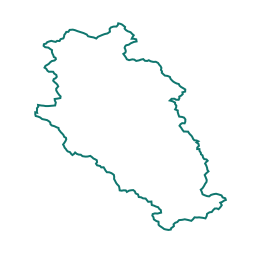 Santa Maria de Jetibá, Espírito Santo, Brazil, rotated 265°
{"feature_id": "56859067B73059385087419", "entity_name": "Santa Maria de Jetibá", "entity_type": "district", "adm_level": 2, "iso_a3": "BRA", "parent_name": "Brazil", "parent_adm1": "Espírito Santo", "projection": "equal_earth", "projection_center": [-40.809, -20.084], "detail": "fine", "context": "isolated", "style": "outline", "palette": "teal", "viewbox_px": 256, "rotation_deg": 265, "n_neighbors": 0, "source": "geoboundaries", "source_scale": "gbopen_adm2", "svg_char_len": 4496}
<svg xmlns="http://www.w3.org/2000/svg" viewBox="0 0 256 256"><g transform="rotate(265 128 128)"><path d="M39.2,211.1L40.3,212.3L41.6,213.6L43.0,214.7L44.4,214.0L45.6,213.4L46.1,215.3L47.3,217.4L47.8,219.2L49.5,218.8L50.6,216.2L52.7,215.3L53.9,212.5L54.8,210.0L54.6,207.4L54.1,204.9L52.8,202.9L53.3,200.7L54.6,198.0L55.5,196.5L56.9,196.2L58.4,195.8L60.2,195.1L61.4,196.9L63.5,198.6L65.7,200.0L67.4,201.5L69.3,201.9L72.1,201.1L74.5,200.3L76.0,201.9L77.8,204.4L79.5,203.4L81.5,203.3L84.1,202.6L85.8,201.7L87.1,202.7L88.4,204.5L89.8,203.5L90.4,201.2L92.0,200.2L94.2,199.9L95.5,198.4L97.0,198.4L98.8,197.3L100.8,197.3L101.0,195.1L102.5,195.3L104.0,197.1L106.1,196.8L107.6,195.0L108.6,196.9L109.5,195.4L110.0,193.0L111.5,191.9L113.1,191.4L114.8,190.5L116.4,189.1L117.8,188.2L119.1,187.6L119.4,185.4L119.6,183.3L121.4,182.1L123.8,180.9L125.7,179.5L127.2,180.7L128.1,182.4L127.7,184.8L129.2,185.6L131.6,185.9L133.5,184.7L134.3,182.8L134.9,180.0L137.0,179.4L139.6,178.9L141.1,179.1L142.4,176.6L144.1,177.7L146.0,178.1L147.9,177.0L149.2,177.1L150.8,174.7L151.7,172.1L153.3,174.0L153.1,176.8L152.0,178.3L151.7,180.9L153.2,181.8L154.8,181.8L155.7,183.9L157.0,185.5L158.8,185.3L159.3,188.1L161.4,188.4L162.9,186.4L164.2,184.5L165.6,183.1L167.4,182.4L168.1,180.4L169.3,178.4L170.4,177.0L171.9,175.7L173.4,174.6L175.2,174.2L176.4,172.0L177.0,169.3L178.5,167.9L180.1,166.5L181.5,166.8L183.0,165.9L184.9,166.5L186.6,165.9L188.2,164.7L190.2,163.6L191.5,161.5L191.7,158.8L192.5,156.4L193.7,154.6L193.1,153.0L193.5,150.7L195.3,149.2L195.0,146.9L194.4,144.8L194.1,142.0L195.6,140.2L196.0,138.3L195.5,135.0L196.6,132.8L198.2,132.2L200.1,131.1L202.2,129.8L203.4,132.0L204.8,132.5L206.6,132.2L208.1,131.6L209.5,132.2L210.6,133.4L210.9,136.0L212.1,138.0L213.2,141.3L213.5,144.1L215.6,143.9L216.4,141.5L216.6,139.5L218.0,140.3L219.9,141.8L221.3,140.4L223.2,138.9L224.4,136.2L225.8,134.4L227.3,133.3L228.9,133.9L230.3,132.4L231.4,131.3L232.3,129.8L233.1,127.4L231.4,126.8L230.1,125.4L230.3,122.3L229.6,119.6L228.2,118.3L225.5,118.4L224.0,115.8L223.6,112.9L222.9,110.4L222.3,108.6L221.5,106.1L219.9,104.2L221.2,101.7L222.0,98.8L222.9,96.2L224.7,95.1L226.5,91.9L227.7,89.0L228.9,86.1L230.0,83.9L230.8,81.6L230.8,78.4L229.0,77.0L229.1,74.9L227.6,73.9L226.4,72.7L224.4,72.2L222.9,71.4L222.4,68.6L220.6,67.4L221.0,65.0L220.1,63.5L220.6,61.7L221.5,59.2L221.1,57.1L220.5,54.9L219.3,53.9L218.8,51.5L217.2,51.1L215.7,52.6L215.0,55.7L213.4,57.5L212.2,59.1L210.4,58.8L208.7,59.2L207.1,59.9L205.2,60.3L204.3,61.9L202.9,62.2L201.7,60.8L201.3,57.9L200.2,56.2L198.8,54.7L198.0,53.1L197.1,51.2L195.4,50.1L194.2,51.7L192.0,52.8L190.9,54.1L190.8,56.3L190.5,58.4L188.7,59.2L187.1,61.2L185.2,61.5L183.9,60.2L183.2,58.3L181.6,57.6L179.9,59.0L178.7,60.3L177.3,61.4L175.5,62.1L173.4,59.9L171.7,59.8L169.3,60.9L166.8,62.4L165.4,63.6L163.7,63.2L163.4,60.1L163.3,57.5L161.8,57.5L159.7,58.3L156.8,57.4L156.8,50.7L157.0,48.0L157.6,45.7L157.9,43.8L158.8,40.4L157.1,40.5L155.6,39.0L154.0,39.0L152.6,38.6L151.1,38.8L151.7,37.0L149.7,36.8L148.0,37.1L147.2,39.4L146.1,41.5L144.4,43.2L143.6,45.9L142.9,48.1L141.5,49.9L140.3,51.0L138.5,51.1L137.2,52.2L136.2,54.9L134.9,57.0L134.1,58.8L132.4,58.9L131.0,59.9L129.5,60.8L128.3,61.9L126.6,63.1L124.7,63.7L123.7,65.3L122.2,65.5L120.6,64.7L118.8,63.3L117.2,61.9L115.3,62.8L114.0,63.1L112.3,64.4L111.0,65.0L109.8,66.1L109.0,68.1L107.2,69.1L105.9,70.3L107.0,72.1L108.2,73.2L106.7,74.7L105.8,76.6L105.5,78.6L103.9,80.2L103.2,83.1L103.1,85.3L103.5,88.0L102.1,89.6L100.6,90.9L99.8,92.4L98.6,94.1L96.7,94.2L95.2,93.0L93.5,94.0L92.6,96.9L91.1,97.9L91.0,100.3L89.4,101.1L87.6,101.9L85.8,103.1L85.5,105.5L84.4,107.7L82.6,109.8L80.6,110.0L78.4,109.7L76.3,110.6L74.3,111.4L72.7,112.4L71.2,113.7L69.8,114.1L68.4,114.2L66.6,114.3L66.1,116.2L66.3,118.2L66.0,120.4L64.4,121.3L65.5,123.6L65.7,125.7L65.7,127.8L64.3,129.3L62.2,129.9L60.9,132.2L58.3,132.7L57.8,135.1L56.6,136.8L56.2,139.4L54.8,140.3L52.7,141.7L52.7,144.9L50.8,144.9L49.2,145.0L48.5,146.9L47.3,149.0L46.4,151.2L44.8,152.0L43.4,153.5L40.8,153.6L40.2,150.0L40.6,147.3L40.1,145.1L38.6,144.6L36.9,145.6L34.7,145.8L32.8,148.2L32.0,150.2L30.5,150.2L29.0,150.0L27.8,150.9L26.8,152.2L25.4,153.9L24.2,155.2L23.6,156.9L22.9,159.5L23.1,161.8L24.5,162.3L25.3,163.8L26.3,165.2L28.1,165.0L29.5,166.8L30.0,168.9L31.8,170.8L31.8,173.9L32.1,176.6L31.1,179.9L30.0,183.0L31.5,184.9L33.2,186.5L32.8,188.8L32.8,191.0L32.0,194.7L31.2,197.3L33.4,198.7L35.6,199.3L36.9,201.8L37.0,204.1L38.8,205.7L40.2,207.4L40.1,209.5L39.2,211.1Z" fill="none" stroke="#0f766e" stroke-width="2"/></g></svg>